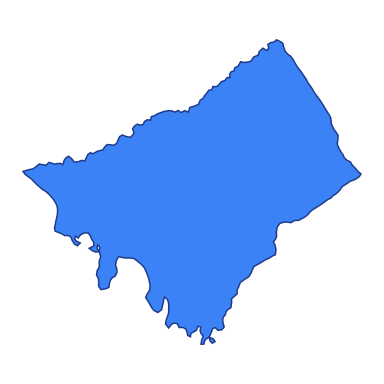 Lagoa dos Patos, Minas Gerais, Brazil
{"feature_id": "56859067B26771280465753", "entity_name": "Lagoa dos Patos", "entity_type": "district", "adm_level": 2, "iso_a3": "BRA", "parent_name": "Brazil", "parent_adm1": "Minas Gerais", "projection": "orthographic", "projection_center": [-44.664, -17.012], "detail": "fine", "context": "isolated", "style": "filled", "palette": "blue", "viewbox_px": 384, "rotation_deg": 0, "n_neighbors": 0, "source": "geoboundaries", "source_scale": "gbopen_adm2", "svg_char_len": 3997}
<svg xmlns="http://www.w3.org/2000/svg" viewBox="0 0 384 384"><path d="M55.2,231.2L58.6,232.5L61.3,233.5L64.8,235.6L68.7,235.6L71.2,237.4L72.1,240.4L74.4,243.9L77.3,245.8L80.3,243.0L76.6,241.2L74.7,239.1L75.6,236.1L78.2,238.0L80.7,234.6L84.7,232.9L88.2,233.0L90.3,235.8L91.8,239.5L93.6,242.1L94.0,245.8L89.1,248.3L92.7,250.9L95.3,252.0L99.2,251.7L100.7,256.6L99.1,261.8L99.4,266.9L97.2,270.6L96.5,275.1L98.4,278.5L98.7,282.5L98.6,286.2L100.9,289.6L105.5,288.8L108.9,287.4L109.4,283.3L110.3,280.6L111.9,278.1L115.4,275.9L117.0,272.0L116.8,268.9L115.5,265.0L116.5,260.3L118.7,256.6L121.4,257.3L124.6,257.9L128.6,257.9L133.4,258.3L136.2,260.1L138.6,262.1L141.3,264.3L144.2,267.5L146.3,272.0L147.6,275.5L149.0,279.2L149.4,282.2L150.1,285.3L149.7,290.0L147.3,293.9L145.6,297.4L147.6,300.5L149.8,304.2L151.5,307.4L153.9,310.5L157.9,312.5L161.5,309.8L162.4,306.2L163.3,301.9L164.4,297.1L167.5,299.3L168.7,303.8L168.7,309.1L168.6,312.7L167.7,316.0L166.2,319.8L165.6,324.1L168.6,328.0L171.7,324.2L174.3,323.0L177.4,323.8L179.0,327.5L183.1,327.5L186.2,329.3L187.1,332.7L187.7,335.5L190.5,336.7L190.8,333.4L193.5,332.0L196.4,330.3L197.9,326.3L200.7,326.9L200.1,330.7L201.0,333.4L203.3,336.1L201.7,339.8L201.0,344.2L203.8,344.2L205.2,339.6L209.1,337.2L211.3,332.5L212.6,328.6L215.3,327.6L217.8,330.3L221.9,329.8L224.2,326.9L223.2,323.6L222.8,320.6L223.0,317.5L225.4,314.7L226.0,311.9L227.8,309.6L230.9,307.7L231.6,302.8L231.6,298.7L234.4,296.3L237.1,293.9L237.1,290.0L239.0,286.0L240.3,282.5L244.6,279.4L248.7,276.8L250.9,273.4L252.5,269.4L254.1,266.4L258.5,264.0L262.6,261.6L265.3,259.8L268.3,258.6L272.8,255.8L275.4,254.7L276.0,249.8L275.1,245.2L273.4,241.7L275.4,239.5L276.6,236.5L276.4,232.0L277.2,227.0L279.8,223.5L283.2,222.3L286.6,222.0L291.0,222.7L294.5,220.5L298.4,220.4L301.5,218.9L305.3,216.7L308.3,214.1L310.3,211.6L313.1,209.4L316.1,207.6L320.0,205.1L323.1,203.0L325.5,201.2L328.2,199.3L330.8,198.2L332.6,196.1L337.0,193.1L339.9,190.0L342.5,186.3L345.1,184.8L347.6,183.1L350.3,181.2L354.1,179.9L357.2,178.2L359.4,176.5L361.0,173.9L358.8,172.2L356.9,170.1L354.7,167.6L352.0,164.8L350.5,162.0L347.0,160.3L344.3,157.8L343.1,154.9L341.0,152.0L338.9,148.1L337.2,144.2L337.8,140.3L338.1,135.4L336.2,132.4L334.0,129.5L332.5,126.4L331.2,123.6L331.1,120.5L330.7,117.6L329.2,114.8L327.5,112.3L325.9,109.6L323.6,105.8L321.6,102.7L319.7,99.8L317.1,96.3L314.7,93.1L312.6,89.4L309.8,85.2L307.9,82.8L306.5,79.7L303.8,75.8L301.4,72.1L298.8,68.8L297.0,66.4L295.2,63.4L293.0,59.3L290.5,56.1L287.7,54.2L285.1,51.1L283.7,47.1L282.7,43.1L279.7,41.3L276.5,39.8L274.0,42.0L270.6,42.6L267.8,44.6L268.8,47.9L266.9,50.5L262.9,48.2L259.2,51.6L258.2,55.1L253.6,57.1L250.8,61.2L247.7,62.1L244.3,62.4L240.5,61.8L238.4,65.9L234.7,68.0L233.9,71.1L231.2,71.7L229.6,74.2L230.1,77.6L227.2,77.5L225.0,80.5L221.2,81.7L219.1,84.5L216.3,86.7L212.9,86.5L211.7,89.9L208.8,90.2L206.5,93.5L204.4,95.8L203.1,98.3L200.1,100.3L198.6,104.2L195.0,105.9L189.9,107.4L188.4,112.1L184.7,110.6L181.2,112.6L178.2,110.5L174.9,112.1L172.1,110.9L168.5,110.7L164.3,111.4L160.9,112.6L157.8,113.7L154.4,115.7L151.3,116.7L150.7,120.0L147.0,119.9L144.5,121.5L143.1,124.5L140.2,125.1L137.4,124.2L135.0,125.6L132.6,128.6L134.0,133.3L130.6,137.3L126.1,136.5L122.4,135.0L119.6,136.6L118.3,139.4L116.7,143.4L113.7,145.3L110.6,144.8L107.1,144.6L104.8,146.8L102.8,149.9L97.3,151.3L92.8,153.8L90.3,152.7L87.9,154.5L86.1,158.1L84.8,160.9L81.5,160.4L78.3,161.7L74.2,162.1L71.7,158.7L68.6,156.3L66.1,157.6L64.2,160.3L62.8,164.6L60.4,163.4L57.7,163.5L54.9,164.1L52.2,163.4L49.1,162.4L46.1,165.2L42.0,164.6L39.1,164.0L36.2,166.6L33.0,168.8L28.5,169.8L23.0,171.4L25.1,174.3L28.1,176.6L31.0,178.6L33.7,181.4L36.5,184.2L39.8,187.1L42.5,189.5L45.7,191.4L48.4,193.7L50.8,196.2L53.1,199.0L55.2,202.1L57.0,205.7L57.6,209.6L57.4,214.1L56.6,218.1L55.9,221.0L55.4,224.2L54.5,227.5L55.2,231.2ZM99.2,251.7L96.8,248.0L97.8,244.9L99.8,247.4L99.2,251.7ZM209.1,337.2L210.2,341.2L212.3,343.2L215.0,341.5L213.4,338.9L209.1,337.2Z" fill="#3b82f6" stroke="#1e3a8a" stroke-width="1.5"/></svg>